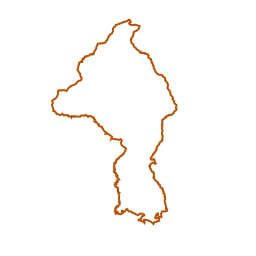 Tuluá, Valle del Cauca, Colombia (Albers equal-area conic projection), rotated 242°
{"feature_id": "7082276B54316712133185", "entity_name": "Tuluá", "entity_type": "district", "adm_level": 2, "iso_a3": "COL", "parent_name": "Colombia", "parent_adm1": "Valle del Cauca", "projection": "albers", "projection_center": [-76.017, 4.037], "detail": "fine", "context": "isolated", "style": "outline", "palette": "amber", "viewbox_px": 256, "rotation_deg": 242, "n_neighbors": 0, "source": "geoboundaries", "source_scale": "gbopen_adm2", "svg_char_len": 5801}
<svg xmlns="http://www.w3.org/2000/svg" viewBox="0 0 256 256"><g transform="rotate(242 128 128)"><path d="M57.9,77.0L58.0,78.4L56.2,79.6L55.1,81.4L55.5,83.7L57.0,83.0L57.8,83.8L56.2,85.3L55.9,86.1L56.0,86.8L57.0,88.3L56.8,89.2L53.9,89.6L52.9,91.6L50.8,92.1L49.6,93.8L48.3,94.2L46.3,96.2L46.7,98.5L46.4,99.4L45.0,100.9L43.8,101.7L43.2,101.3L43.5,99.0L41.5,96.7L42.1,94.4L41.5,94.0L39.9,96.0L37.5,97.8L36.5,97.9L36.9,98.4L39.4,99.0L39.4,99.6L36.7,102.6L35.0,103.9L33.6,104.7L31.3,105.4L32.4,107.1L31.9,108.8L32.2,109.9L31.3,111.3L31.7,112.1L34.3,113.3L34.7,111.0L35.3,110.0L36.0,109.7L38.7,113.4L38.5,114.2L36.6,113.4L35.0,113.4L33.6,115.4L34.0,116.0L36.7,116.8L38.3,119.0L38.1,119.7L37.1,121.0L36.5,123.3L37.8,123.6L37.8,124.3L39.1,124.3L39.2,123.8L40.2,124.5L46.9,126.3L48.0,127.6L48.7,127.9L49.6,127.8L50.3,128.5L50.7,128.3L52.2,129.3L52.9,129.2L53.6,128.6L54.5,129.0L54.7,129.4L56.3,129.4L56.4,129.7L57.9,130.1L58.1,129.6L59.4,129.8L60.1,128.7L62.7,129.3L62.9,128.9L64.5,128.9L64.8,128.4L66.1,128.9L66.9,128.3L69.7,127.4L72.1,127.3L71.9,127.8L76.0,129.3L75.9,129.6L76.4,129.7L77.7,129.5L78.0,128.8L78.6,128.6L80.5,128.9L81.1,128.6L81.5,128.9L83.2,128.7L83.9,129.4L84.4,129.1L85.6,131.6L85.8,133.6L84.7,134.9L83.9,134.8L83.7,135.9L84.8,135.7L88.1,136.5L88.6,135.7L88.5,134.5L89.2,133.6L89.5,133.4L90.8,133.9L91.2,135.2L92.1,136.2L92.5,137.6L93.2,137.9L93.2,139.0L94.1,139.7L94.3,141.4L95.1,142.1L95.3,142.8L95.9,142.9L96.3,143.7L97.1,144.0L98.2,145.5L98.8,147.8L99.9,148.6L100.6,150.2L100.4,151.6L101.2,152.0L101.2,152.6L101.9,152.8L102.1,153.4L103.8,154.1L104.6,155.0L106.1,155.0L108.4,156.1L108.8,156.8L112.1,158.1L113.7,159.3L114.6,159.2L114.7,159.8L115.8,160.0L116.3,160.9L118.9,161.8L119.4,165.0L120.0,165.9L119.6,166.7L120.3,167.1L120.4,168.1L119.9,169.0L120.3,170.2L120.2,171.2L119.3,171.6L119.2,173.5L119.7,174.3L119.6,175.2L120.5,175.8L121.3,179.2L121.8,179.7L123.4,179.9L125.5,181.6L127.9,180.6L130.2,181.3L132.7,180.9L133.8,182.0L137.5,181.2L139.2,181.9L141.7,182.2L143.6,181.5L145.3,181.8L145.9,182.7L148.1,183.9L150.1,183.9L151.1,183.4L152.4,183.6L152.8,183.2L154.7,184.1L156.4,183.5L157.3,182.8L157.8,183.1L158.1,182.7L158.7,182.7L160.0,181.6L160.2,180.8L161.2,179.7L163.0,179.0L163.8,179.1L164.9,178.7L167.3,179.1L168.0,178.7L169.9,179.1L170.9,179.9L172.2,179.5L174.2,180.1L174.3,179.7L174.9,179.5L176.5,180.3L178.2,180.6L179.3,179.5L180.5,179.0L182.2,179.8L182.3,180.2L183.3,179.9L183.8,180.1L184.8,178.6L185.8,178.5L185.9,177.7L186.5,177.6L187.0,177.0L186.9,176.4L188.1,175.2L189.0,175.1L188.9,174.6L189.3,174.8L189.9,174.1L191.3,173.7L193.1,172.7L195.0,172.4L197.1,171.4L199.4,172.0L200.9,171.1L203.4,171.4L204.4,171.9L204.5,172.4L205.0,172.3L205.5,172.6L206.1,174.3L207.7,176.5L210.0,177.9L209.9,181.9L210.7,184.4L212.7,186.0L215.7,183.0L217.0,179.8L218.8,178.1L219.5,178.0L220.2,178.4L220.3,180.2L221.1,180.4L223.1,180.0L222.9,176.6L223.8,173.5L223.6,171.4L224.2,169.5L224.0,168.6L224.7,165.9L223.7,164.3L223.7,163.4L222.7,161.3L220.5,160.1L218.9,157.9L218.9,155.7L217.9,154.4L218.0,153.9L216.1,151.8L215.8,151.0L215.2,150.7L214.8,149.0L214.0,147.7L214.8,145.7L214.6,145.1L216.0,143.0L216.0,141.9L216.7,141.1L214.3,138.1L212.9,137.1L211.8,134.7L210.8,133.6L210.4,132.5L209.4,132.3L210.2,130.6L209.9,130.4L210.9,129.4L210.2,127.6L210.8,125.4L210.6,125.1L211.0,124.5L210.7,124.0L211.1,123.6L210.7,123.2L210.9,122.9L210.5,122.1L210.0,121.8L210.4,121.1L209.7,120.5L210.0,119.9L208.8,119.4L208.7,118.7L207.8,118.4L208.1,117.8L208.7,118.0L208.9,117.7L208.4,116.3L208.5,115.4L206.8,114.4L206.4,113.6L204.3,112.0L203.6,110.9L202.9,110.7L198.3,111.1L194.9,110.1L194.3,110.6L193.7,110.5L192.6,109.6L192.3,107.9L192.9,106.3L192.3,104.5L191.7,103.7L191.4,101.9L191.9,96.9L191.0,93.9L189.5,91.3L191.7,89.1L192.8,85.8L193.8,84.9L193.6,83.8L191.3,82.5L188.9,80.0L187.9,77.1L187.9,74.3L187.3,73.6L185.4,73.5L184.0,71.6L178.8,70.8L178.1,70.0L176.6,71.5L173.9,71.6L173.6,72.3L172.2,73.1L171.4,74.0L171.1,75.1L171.4,76.4L170.8,76.3L170.0,77.6L169.1,77.4L168.1,80.2L167.1,80.6L167.0,81.3L165.9,81.1L165.7,81.8L164.9,82.5L165.0,83.1L164.2,83.1L164.6,83.5L164.2,84.1L164.6,84.4L163.8,85.7L163.0,86.0L163.3,86.6L160.8,90.4L160.5,91.1L161.0,92.1L160.3,93.9L159.2,95.3L159.2,97.2L156.5,98.0L156.9,99.5L155.7,100.9L153.9,101.8L153.5,102.7L152.2,102.3L151.1,102.8L150.9,102.2L149.9,102.0L149.7,101.6L148.8,102.6L148.2,102.1L147.6,102.9L146.7,103.3L145.5,103.3L144.8,104.0L144.4,103.9L144.4,103.2L143.9,103.1L143.0,103.5L141.2,105.5L140.4,105.1L139.4,105.6L138.0,105.3L135.1,106.0L134.7,106.5L133.7,105.6L133.7,106.4L133.3,106.9L132.6,106.7L132.4,107.4L127.9,109.8L126.2,108.1L126.4,109.0L125.3,109.7L123.4,112.7L121.8,114.2L121.6,116.2L120.4,116.8L119.8,116.7L118.3,114.8L116.5,114.3L115.0,114.6L111.1,116.6L110.3,116.4L106.9,111.6L107.2,111.0L106.7,110.0L106.9,109.5L106.5,108.9L106.8,108.6L106.8,108.1L105.7,105.7L105.7,104.7L105.2,104.4L105.1,103.7L105.4,103.5L105.1,103.0L105.3,102.8L103.6,101.4L103.8,100.9L102.9,100.5L103.5,99.5L102.4,98.8L101.6,98.8L100.6,97.3L99.3,97.6L98.6,96.8L98.1,97.2L97.4,97.0L97.6,96.4L96.4,96.0L96.5,95.2L95.9,95.0L94.3,95.4L94.0,96.1L92.9,96.1L92.5,95.8L92.2,96.2L91.3,96.3L91.4,95.4L90.6,95.0L90.0,95.8L89.1,95.3L86.8,95.9L87.0,95.2L86.5,94.6L86.7,94.0L86.2,94.1L86.1,93.6L85.3,93.5L85.3,93.1L85.0,93.1L85.0,92.6L85.7,92.1L85.5,91.0L84.9,90.8L84.8,91.5L84.1,91.9L84.4,91.5L83.9,91.4L84.3,90.4L84.1,89.7L82.1,89.5L82.1,89.9L80.7,90.4L80.6,90.9L79.1,90.8L78.2,89.8L77.1,89.8L76.5,89.2L75.5,89.2L75.3,89.5L75.0,89.2L74.6,89.6L74.5,88.9L71.7,88.2L70.0,86.9L67.3,86.1L67.3,85.6L66.7,85.1L65.8,85.6L65.4,85.2L64.9,85.2L64.0,84.2L63.9,82.5L63.3,82.3L63.3,81.7L63.9,81.4L63.5,81.0L63.6,80.0L62.9,79.8L63.2,79.5L62.9,78.9L62.0,78.6L60.8,77.4L59.6,79.0L58.9,79.2L59.1,78.6L58.4,78.0L58.8,77.8L58.9,77.2L58.3,76.7L57.9,77.0Z" fill="none" stroke="#b45309" stroke-width="2"/></g></svg>